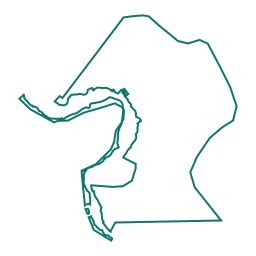 the district of Zemam Out, Al Bahr al Ahmar, Egypt
{"feature_id": "37247803B70962807620148", "entity_name": "Zemam Out", "entity_type": "district", "adm_level": 2, "iso_a3": "EGY", "parent_name": "Egypt", "parent_adm1": "Al Bahr al Ahmar", "projection": "orthographic", "projection_center": [32.567, 25.936], "detail": "fine", "context": "isolated", "style": "outline", "palette": "teal", "viewbox_px": 256, "rotation_deg": 0, "n_neighbors": 0, "source": "geoboundaries", "source_scale": "gbopen_adm2", "svg_char_len": 5700}
<svg xmlns="http://www.w3.org/2000/svg" viewBox="0 0 256 256"><path d="M97.8,87.6L103.3,88.0L104.5,88.0L105.1,87.9L107.1,88.0L111.5,90.3L112.7,89.9L113.2,89.6L113.5,89.6L113.7,89.8L113.2,90.6L113.8,90.9L113.5,91.1L113.8,91.1L117.2,93.5L118.2,93.3L118.4,93.2L119.6,91.6L120.5,90.9L121.4,89.7L121.6,89.7L122.3,90.5L122.4,92.6L122.8,92.9L123.2,93.6L123.5,93.6L124.3,93.9L124.3,95.2L124.8,96.6L125.2,96.9L126.0,97.2L126.4,97.9L126.7,98.6L127.5,99.0L127.8,99.3L127.9,100.2L128.9,102.2L129.5,102.8L129.9,103.1L130.9,104.3L131.3,105.4L131.1,105.9L130.8,106.2L130.9,106.5L131.3,106.6L131.6,107.1L132.3,107.9L133.5,109.3L135.0,110.6L135.3,111.2L135.6,111.9L135.9,113.6L136.2,116.9L138.2,117.7L139.2,118.2L140.2,119.1L140.8,120.3L140.9,121.2L140.4,121.5L139.6,121.4L139.5,122.0L138.5,122.9L137.5,123.5L138.0,124.3L137.9,125.5L137.5,127.7L137.4,128.3L137.6,129.1L137.6,129.9L137.3,131.8L137.0,132.6L135.7,134.2L135.7,134.7L136.1,135.4L136.3,136.9L136.3,137.4L135.9,139.0L134.8,140.7L133.4,142.3L131.6,144.7L131.3,145.6L130.5,147.8L129.3,148.4L128.9,149.0L128.1,149.9L127.4,150.7L126.4,152.8L125.5,154.2L124.4,155.5L123.3,157.5L125.2,158.6L135.7,163.9L135.6,168.7L131.9,180.7L123.0,186.2L113.0,186.9L91.3,185.3L91.1,185.7L91.1,186.7L91.6,188.0L92.2,190.0L92.3,190.6L92.6,191.2L93.5,191.2L93.8,191.2L94.0,191.4L94.3,192.0L94.0,192.9L94.6,195.0L95.0,196.1L95.5,197.1L96.4,198.1L96.4,198.4L96.9,199.1L97.6,199.9L98.0,200.6L98.1,201.2L99.5,203.6L99.8,204.2L100.5,206.1L101.2,207.0L101.4,207.5L101.5,207.7L100.9,209.1L101.0,209.6L100.6,211.0L100.7,211.4L101.3,211.9L101.6,212.8L101.6,214.3L102.1,216.4L102.1,217.3L102.0,218.4L102.3,219.8L102.5,220.3L103.6,221.4L103.3,222.1L102.9,222.9L103.6,223.7L104.4,224.5L105.1,225.4L105.3,225.9L105.9,226.5L107.1,228.2L107.2,228.4L108.1,229.3L108.6,229.6L109.4,230.4L109.5,230.9L109.7,231.1L110.6,231.7L110.7,231.0L115.3,222.5L221.1,220.5L194.7,187.3L190.3,172.3L197.0,156.8L209.8,137.9L222.4,127.2L233.1,120.5L236.6,106.1L230.1,86.9L219.7,66.1L212.7,53.0L207.8,43.6L199.6,39.9L187.9,43.5L177.9,41.0L168.4,33.1L159.4,25.9L148.7,16.3L142.8,15.4L131.7,16.3L123.5,17.5L62.5,98.0L59.7,96.1L54.7,101.5L57.7,103.5L58.9,104.7L61.0,104.9L63.8,105.4L64.5,105.2L66.1,104.4L66.9,103.8L67.1,103.3L67.4,102.9L67.8,99.8L68.3,98.9L68.2,98.6L68.4,97.8L70.2,96.6L70.6,95.3L71.4,95.0L72.0,94.8L75.1,94.5L77.7,94.4L79.7,93.9L81.1,94.2L82.0,94.3L83.3,94.6L84.0,94.7L84.6,94.7L85.9,94.1L86.3,93.8L87.3,92.7L87.6,90.7L87.8,90.1L88.3,89.5L89.4,89.2L90.1,88.7L90.7,88.5L91.2,88.3L91.8,88.2L92.4,88.2L92.5,88.4L93.1,90.2L93.2,90.3L93.6,90.4L94.4,89.2L94.8,88.8L95.6,88.6L96.6,87.9L97.2,87.7L97.8,87.6ZM128.3,94.0L125.8,95.9L124.6,92.1L123.0,89.7L124.3,88.8L128.3,94.0ZM23.6,94.9L19.4,98.8L30.6,109.5L54.1,122.4L57.8,120.8L67.9,120.6L84.0,112.6L98.0,108.6L114.8,103.4L122.5,107.4L122.8,108.9L123.3,110.2L122.1,120.6L121.8,121.0L121.7,122.5L115.9,130.7L114.0,142.2L110.7,149.6L96.0,164.1L81.6,170.8L82.9,186.3L83.0,186.5L84.9,205.4L85.8,204.5L86.6,204.3L87.3,204.3L88.3,203.9L89.0,204.2L90.2,204.5L90.0,202.8L90.4,201.5L90.0,198.0L89.7,196.6L89.8,195.2L89.6,193.2L88.4,191.8L87.2,190.8L86.5,189.4L85.9,188.4L84.3,184.6L83.5,183.6L83.4,183.2L83.7,182.5L83.8,182.0L83.8,180.4L84.0,178.0L83.8,177.7L83.2,177.2L83.4,176.8L83.7,176.7L83.7,176.3L83.8,176.0L83.6,175.1L84.3,174.1L84.4,173.6L84.5,172.9L84.1,171.6L84.1,171.4L85.7,171.1L85.9,170.8L86.3,169.6L86.7,168.9L87.0,168.8L88.0,168.1L90.2,167.4L92.1,166.9L93.1,166.0L96.2,164.7L99.0,163.9L100.1,163.3L103.0,161.3L103.5,160.7L103.5,160.1L103.7,159.6L104.0,159.3L105.0,158.8L105.0,158.6L104.8,158.2L106.5,157.3L107.9,156.7L109.0,156.3L110.9,154.5L111.7,152.8L114.1,149.5L114.7,149.1L116.4,148.5L117.3,148.0L117.7,148.0L118.4,147.6L118.8,147.2L118.0,145.2L117.3,143.5L117.3,143.1L118.0,137.0L118.1,136.5L118.0,134.4L118.1,132.9L118.3,131.8L119.8,127.2L120.8,125.5L121.7,123.4L121.9,122.0L121.8,121.3L121.9,121.1L122.5,120.8L122.8,120.4L123.5,119.1L123.4,118.2L123.4,117.5L123.6,116.0L123.7,115.2L123.9,112.8L124.0,110.9L123.8,110.1L123.6,109.6L122.9,107.3L122.6,104.7L122.3,103.7L121.2,101.9L121.1,101.7L120.2,101.0L119.0,100.2L115.2,98.9L113.3,98.4L112.2,97.7L110.9,97.4L110.3,97.4L109.5,97.2L105.4,99.9L102.8,100.9L101.3,101.7L98.4,102.3L96.0,102.7L94.9,103.0L93.5,103.1L91.4,103.5L90.7,103.8L90.0,104.5L89.9,106.5L89.5,107.6L89.0,107.9L88.6,108.0L88.2,108.0L87.1,107.4L86.6,107.3L85.5,107.5L84.0,108.2L82.3,108.8L80.9,110.3L79.4,111.2L77.8,112.5L76.6,113.2L75.6,113.6L74.5,113.6L74.2,113.7L72.9,114.3L71.8,114.5L70.6,115.0L69.2,115.6L67.6,116.5L66.3,117.0L65.2,117.9L64.2,118.6L63.6,118.8L62.6,118.9L61.9,118.4L61.5,118.2L60.9,118.7L61.3,119.5L59.9,119.9L59.5,119.5L59.2,118.8L59.0,118.7L58.8,118.6L58.1,118.6L56.6,118.9L55.9,118.8L53.8,118.6L52.0,118.6L49.1,118.2L45.5,115.8L44.8,115.3L44.5,115.0L44.1,114.8L43.4,115.4L42.9,115.2L42.7,114.9L42.9,113.4L41.7,112.3L41.3,112.0L40.5,111.5L39.2,111.0L39.0,110.8L38.6,109.9L37.7,108.5L37.4,108.1L35.9,107.2L35.5,107.0L35.2,106.8L34.2,106.5L33.8,106.6L33.3,106.8L32.8,106.6L32.7,106.4L32.7,106.0L32.1,105.6L31.2,105.4L30.4,104.9L29.9,104.4L28.2,102.6L27.4,101.4L26.8,100.8L26.2,100.5L25.1,99.4L24.4,98.0L24.0,95.9L23.9,96.0L23.8,95.6L23.6,94.9ZM111.2,240.6L112.2,238.6L110.8,237.5L110.2,237.2L109.9,236.7L109.2,236.4L108.3,235.4L107.3,235.3L105.7,235.2L104.4,234.4L103.9,233.6L103.4,232.9L102.9,232.2L102.3,230.2L101.8,230.3L99.6,229.7L98.2,228.4L97.0,227.3L96.8,226.7L95.8,225.7L94.5,224.9L94.2,224.6L94.2,223.5L93.9,222.8L93.8,222.1L92.9,220.1L92.5,219.0L92.0,218.2L91.3,217.4L91.1,217.0L91.1,216.3L89.7,217.0L88.7,217.2L93.7,229.8L111.2,240.6ZM87.7,214.6L87.7,214.2L87.8,214.2L89.3,213.0L88.5,209.5L88.0,208.9L87.6,208.8L86.2,209.2L85.2,208.3L87.7,214.6Z" fill="none" stroke="#0f766e" stroke-width="2"/></svg>